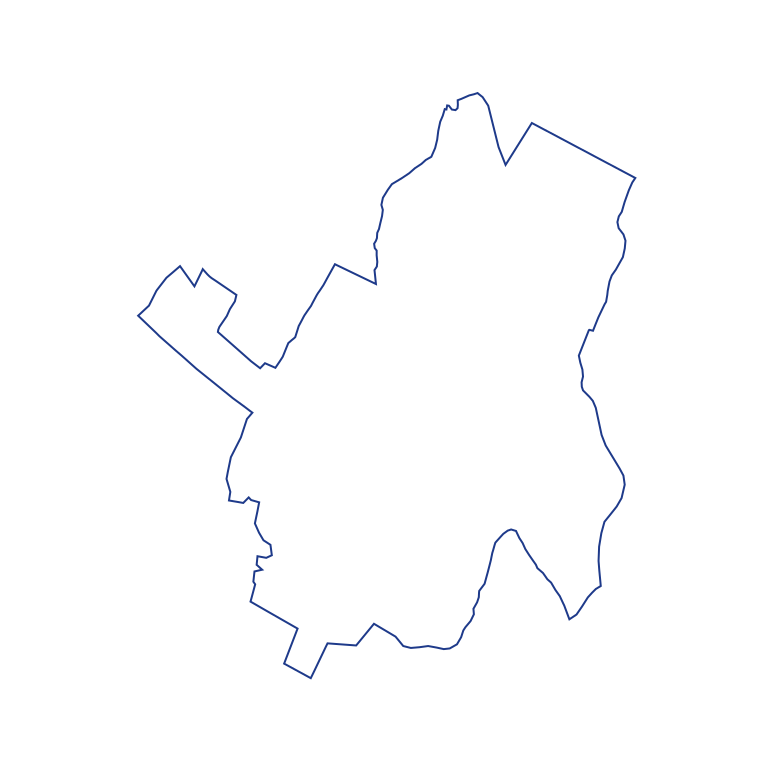 outline of Metapa, Chiapas, Mexico, rotated 9°
{"feature_id": "50627088B53896362948042", "entity_name": "Metapa", "entity_type": "district", "adm_level": 2, "iso_a3": "MEX", "parent_name": "Mexico", "parent_adm1": "Chiapas", "projection": "robinson", "projection_center": [-92.205, 14.822], "detail": "fine", "context": "isolated", "style": "outline", "palette": "blue", "viewbox_px": 768, "rotation_deg": 9, "n_neighbors": 0, "source": "geoboundaries", "source_scale": "gbopen_adm2", "svg_char_len": 3478}
<svg xmlns="http://www.w3.org/2000/svg" viewBox="0 0 768 768"><g transform="rotate(9 384 384)"><path d="M249.1,523.3L259.0,523.4L263.6,523.5L268.1,517.2L270.9,519.4L279.2,520.4L278.9,529.7L278.3,541.9L283.8,550.4L289.4,557.2L297.0,560.6L300.0,570.7L294.9,574.1L286.0,573.9L286.5,582.5L292.7,586.5L285.4,589.4L285.9,599.7L288.1,602.0L286.6,616.3L286.2,619.8L304.2,626.7L336.9,639.1L329.1,675.8L357.7,686.0L360.2,677.8L367.7,652.5L368.8,649.0L397.4,646.6L411.6,622.4L434.9,631.7L441.0,637.1L444.0,639.8L451.8,640.5L460.3,638.4L468.6,635.9L477.4,636.1L484.5,636.5L490.3,634.9L496.8,629.7L499.8,622.0L500.5,617.5L500.9,615.0L502.4,611.6L502.8,610.9L506.6,604.6L507.3,602.3L508.8,597.4L507.5,592.0L507.7,591.5L509.5,586.7L510.1,585.1L510.5,582.8L511.0,579.8L510.5,575.1L510.4,573.5L514.6,565.6L515.9,553.9L516.6,546.7L517.1,541.2L517.2,538.3L517.4,533.9L517.8,531.1L518.4,525.9L518.8,523.3L519.8,521.7L523.5,516.0L525.3,513.3L529.2,509.4L529.7,509.2L532.3,507.8L537.4,508.5L537.9,509.3L541.8,515.0L545.8,519.4L549.4,524.9L554.1,530.2L558.6,534.9L562.3,538.7L564.3,541.9L570.6,545.8L575.9,551.3L580.1,554.0L585.6,560.7L590.8,566.0L595.6,573.1L596.6,574.5L603.9,587.4L610.2,581.6L614.4,572.8L618.7,562.9L622.1,557.7L625.3,553.3L629.7,549.6L625.8,534.4L623.6,525.2L621.9,511.0L622.0,497.3L623.3,485.6L628.6,476.4L633.0,468.6L636.5,459.5L637.5,445.8L634.8,437.0L630.0,430.7L612.6,410.1L606.9,400.3L596.9,374.4L592.9,368.0L589.0,364.6L581.6,359.2L579.8,355.8L578.9,351.4L579.4,345.5L577.7,338.7L574.6,332.3L572.0,325.5L577.9,298.9L578.3,298.4L582.1,298.7L583.6,292.0L585.3,284.6L589.4,270.8L590.5,268.1L590.6,261.2L590.4,257.0L590.6,250.4L590.7,247.5L592.0,241.1L595.1,234.8L600.1,221.3L600.6,212.5L600.1,204.7L597.1,198.8L591.4,193.4L589.2,187.6L589.7,181.7L591.9,176.8L593.2,166.6L595.5,154.4L597.7,146.1L600.0,141.2L489.2,103.1L469.8,148.6L460.1,132.1L443.4,92.8L436.5,85.2L430.8,82.0L427.4,83.8L423.1,85.6L415.6,90.4L412.4,92.2L413.3,96.8L413.5,100.1L411.8,102.3L408.1,102.3L404.6,99.0L402.8,99.0L402.7,103.1L401.0,103.0L400.1,109.8L398.5,116.2L398.0,125.5L398.3,134.4L397.6,142.9L395.2,152.2L390.3,156.1L386.6,160.7L380.8,166.0L377.5,170.0L376.0,171.8L369.4,177.9L361.8,184.3L360.5,185.4L357.4,191.6L356.9,192.8L353.8,200.2L353.4,207.5L355.6,212.2L355.8,218.5L355.2,225.6L354.8,231.7L353.7,235.7L353.7,236.1L354.2,241.0L353.6,243.9L352.3,247.0L353.6,251.2L355.9,253.4L356.6,258.0L358.3,264.5L358.5,268.4L358.6,269.0L356.8,273.0L357.8,276.7L360.4,286.5L316.8,273.4L311.2,288.8L310.1,291.9L309.5,293.6L308.5,296.3L308.0,297.3L307.1,299.3L305.9,301.9L304.6,304.5L303.6,306.9L300.6,315.5L299.7,318.3L298.7,320.3L297.2,323.3L294.7,328.6L294.1,330.2L292.7,334.4L291.7,337.3L290.7,340.1L290.3,342.9L289.0,351.6L288.0,352.9L286.0,355.1L284.6,356.8L283.1,358.5L282.0,363.1L279.9,372.2L279.7,373.0L277.3,378.4L274.2,385.0L269.3,383.7L263.2,382.1L259.2,387.8L249.1,382.3L240.8,377.0L222.7,365.5L211.8,358.6L211.8,356.4L212.5,353.3L218.1,341.5L220.1,334.1L223.8,325.7L224.3,319.1L223.8,318.9L217.7,316.0L201.4,308.3L197.2,306.4L194.9,305.1L192.5,303.4L187.0,298.9L186.7,300.2L181.5,317.2L164.1,299.5L158.0,306.7L152.5,313.1L145.3,326.2L144.6,327.6L139.6,343.4L139.1,344.0L130.5,355.0L150.7,369.0L154.7,371.9L173.3,383.7L179.5,387.5L196.0,398.1L197.0,398.7L200.5,400.7L210.1,406.2L218.5,411.0L237.0,421.7L250.6,428.7L255.4,431.3L258.5,432.9L254.1,440.0L251.0,459.2L244.2,480.3L243.5,495.1L243.3,502.4L249.1,514.6L249.1,519.0L249.1,523.3Z" fill="none" stroke="#1e3a8a" stroke-width="2"/></g></svg>